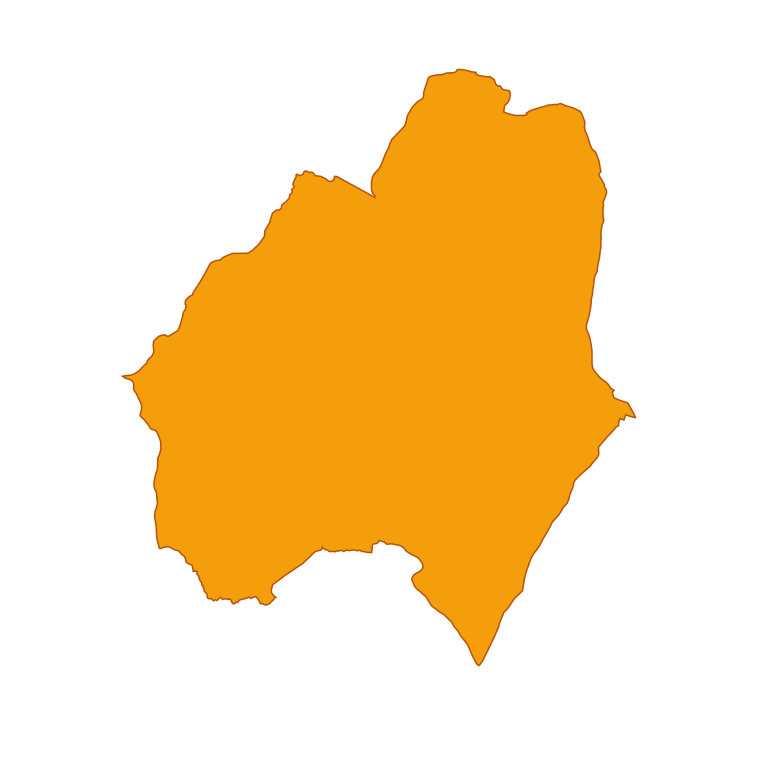 the district of Tinjacá, Boyacá, Colombia, rotated 169°
{"feature_id": "7082276B8672665666879", "entity_name": "Tinjacá", "entity_type": "district", "adm_level": 2, "iso_a3": "COL", "parent_name": "Colombia", "parent_adm1": "Boyacá", "projection": "mercator", "projection_center": [-73.669, 5.581], "detail": "fine", "context": "isolated", "style": "filled", "palette": "amber", "viewbox_px": 768, "rotation_deg": 169, "n_neighbors": 0, "source": "geoboundaries", "source_scale": "gbopen_adm2", "svg_char_len": 6166}
<svg xmlns="http://www.w3.org/2000/svg" viewBox="0 0 768 768"><g transform="rotate(169 384 384)"><path d="M639.2,441.5L636.7,439.0L633.2,437.3L631.0,435.5L630.0,433.9L629.7,431.5L630.6,427.9L630.7,426.2L630.4,424.9L628.8,421.5L626.1,410.2L626.1,408.7L626.9,405.4L628.0,402.7L628.9,401.5L629.4,399.4L629.0,398.5L625.8,394.2L625.3,392.8L623.7,390.2L621.7,384.9L620.9,384.0L617.4,382.1L616.6,381.1L616.1,379.9L614.9,375.1L614.3,370.2L615.3,363.1L617.3,358.8L620.1,354.5L622.7,343.8L626.7,336.2L628.5,331.2L629.3,327.6L629.1,324.9L628.1,320.9L629.1,310.8L629.4,309.4L630.8,306.3L633.2,302.2L634.6,296.9L634.6,289.3L636.5,275.5L635.9,265.7L635.2,265.1L634.2,265.0L631.6,265.7L627.0,265.5L626.0,265.1L621.0,261.1L618.1,259.7L616.9,258.7L615.5,255.7L613.1,253.2L612.4,251.5L612.2,247.1L611.8,246.3L606.7,242.3L607.1,240.0L606.7,237.4L607.1,236.5L603.9,236.2L603.1,235.5L603.8,234.0L603.9,233.2L602.8,231.3L602.7,229.6L602.1,229.1L602.6,227.7L601.0,223.7L601.3,221.6L601.0,221.0L599.9,220.4L600.5,218.9L599.7,216.7L600.0,215.1L599.2,213.4L598.3,212.6L597.9,211.4L598.2,208.7L597.8,207.3L597.3,206.8L595.5,206.5L594.2,205.8L593.4,204.4L592.7,203.8L592.1,203.8L591.0,204.4L589.5,203.5L588.8,203.5L585.9,205.6L584.5,205.2L583.9,203.7L583.2,203.2L580.4,203.5L577.7,202.1L577.0,202.5L576.6,202.4L575.3,201.0L575.0,198.5L574.4,198.0L574.1,197.1L573.5,196.9L572.8,196.8L571.3,197.8L569.0,197.7L567.4,199.3L565.6,199.7L562.9,199.7L557.1,200.4L555.5,198.9L553.1,199.4L552.1,199.9L550.2,199.6L548.0,195.5L547.5,192.3L546.8,191.8L545.5,191.7L542.8,189.8L541.0,189.6L538.0,190.3L536.6,191.5L533.6,193.3L531.9,195.1L530.9,195.2L532.0,196.3L533.7,199.1L534.2,200.8L533.7,203.9L531.6,208.2L517.2,215.2L497.8,223.4L483.3,232.7L477.9,233.0L476.9,233.6L475.7,235.4L475.7,234.6L475.2,234.1L473.8,233.7L473.0,232.4L471.1,231.8L470.0,230.3L468.5,229.6L465.6,229.4L464.5,228.6L462.3,229.2L461.0,228.7L458.2,228.9L456.9,228.4L455.6,227.3L454.8,227.4L453.5,228.0L451.8,227.8L450.1,227.1L446.4,227.0L445.3,226.6L444.1,226.8L442.6,225.6L441.6,225.3L439.2,225.5L438.2,224.2L437.4,223.7L436.5,223.6L431.7,221.6L430.1,221.5L428.4,220.7L427.2,224.1L426.4,227.5L425.8,228.5L425.1,229.0L421.9,228.8L420.9,229.1L419.7,230.0L419.2,231.3L417.4,230.7L414.2,228.9L411.5,226.0L408.5,225.9L406.4,225.4L399.7,222.7L397.8,221.5L395.6,218.9L394.5,216.4L393.0,214.7L390.1,211.9L383.8,207.1L380.8,201.5L380.5,199.1L380.8,196.9L381.7,195.1L384.1,193.5L390.4,191.3L392.5,189.7L393.9,187.5L393.9,185.7L392.4,179.3L391.6,177.6L383.5,167.3L379.7,157.2L373.6,150.4L368.8,145.7L363.1,137.4L361.5,132.5L358.4,126.9L356.9,122.3L351.8,112.7L348.8,99.1L346.4,91.5L344.7,89.4L342.7,90.8L339.5,94.0L324.4,114.1L317.3,124.5L316.9,126.2L309.9,136.9L304.5,140.8L297.4,148.1L287.5,154.6L283.4,165.8L280.3,172.5L272.9,184.9L269.5,188.9L265.5,192.3L261.9,195.9L257.9,201.1L251.4,208.4L245.0,216.4L237.7,221.9L233.9,225.8L232.0,228.3L227.0,232.0L224.3,236.0L222.3,240.6L218.8,245.6L216.4,251.0L214.8,253.1L209.1,257.1L197.1,264.1L194.7,266.4L188.9,270.9L186.7,273.7L185.4,281.2L174.6,289.8L166.9,295.2L164.5,297.5L161.8,298.2L161.5,298.5L161.1,301.0L159.0,305.0L155.3,302.9L152.7,307.6L145.4,303.6L143.6,303.1L144.5,307.3L148.1,318.5L148.8,319.2L155.7,323.0L159.6,325.6L160.7,326.7L161.2,328.0L161.3,331.8L160.8,333.1L159.4,333.7L162.6,337.2L163.6,340.2L165.3,343.0L169.8,347.8L171.4,350.2L175.4,357.4L176.1,360.2L176.0,363.6L173.5,377.0L173.3,379.4L173.1,386.4L173.2,390.3L173.9,395.1L174.8,399.0L174.1,403.1L169.4,412.5L167.0,418.6L165.2,423.7L164.6,426.8L161.8,433.5L161.5,435.6L159.2,441.6L158.1,445.8L156.4,449.7L153.0,454.1L152.8,456.1L148.1,467.7L146.3,473.6L145.2,476.1L144.0,482.1L142.8,486.6L142.6,489.6L141.9,492.1L139.8,498.2L137.5,501.5L137.0,502.7L137.0,505.5L136.2,511.9L134.5,517.4L134.1,520.8L129.7,527.7L128.8,530.1L128.8,532.3L129.9,535.1L129.7,537.9L133.2,548.3L132.9,549.4L130.8,550.8L130.4,551.9L130.7,553.2L130.4,561.5L131.5,568.8L132.3,571.6L134.8,574.8L136.0,579.2L136.6,586.1L137.6,591.9L138.3,593.7L138.2,597.8L137.0,602.5L137.0,604.2L138.5,612.3L139.3,614.1L142.8,616.9L145.8,619.0L152.9,622.7L156.9,625.6L161.4,625.3L162.7,625.9L166.5,625.9L167.7,626.3L170.0,626.4L172.5,625.9L176.5,625.8L186.2,624.7L188.6,624.2L192.4,622.8L192.3,621.5L194.2,620.8L203.9,622.5L210.6,625.7L214.5,628.2L212.8,633.7L211.1,635.2L209.5,636.1L206.6,639.1L204.9,643.9L204.6,645.9L205.0,647.7L205.5,648.3L210.2,649.8L212.0,651.7L212.9,654.1L213.5,654.6L215.0,654.7L216.0,655.4L217.2,657.4L217.7,661.6L221.2,665.4L224.0,665.8L231.8,668.6L235.1,671.2L234.2,672.3L234.4,672.5L238.3,673.7L244.5,676.7L250.1,678.4L252.2,678.6L253.3,677.0L254.6,676.5L257.4,676.4L262.5,677.3L268.6,676.7L273.7,677.3L277.6,677.3L281.3,676.7L283.1,674.4L284.1,671.9L285.2,670.5L288.3,664.8L289.3,662.8L290.3,658.8L291.1,657.5L292.5,656.3L295.0,655.6L297.8,654.4L303.1,650.6L309.6,643.3L313.6,634.5L315.6,632.5L329.1,623.0L330.0,622.1L332.0,619.4L334.1,615.6L339.6,608.2L345.1,599.4L348.0,596.2L353.0,592.5L355.7,589.6L357.8,584.5L359.1,577.5L359.1,575.4L358.6,572.8L357.2,571.1L357.3,568.9L390.9,596.8L392.9,597.2L393.6,595.9L393.8,594.4L397.2,592.7L400.2,594.1L402.0,596.6L406.9,600.1L411.7,601.6L413.4,605.0L414.6,605.6L417.5,606.2L419.6,608.0L421.1,608.0L422.3,607.4L423.6,605.2L426.2,604.7L427.4,604.9L429.6,606.6L430.5,605.7L430.8,604.1L433.4,600.9L435.4,597.4L434.5,594.7L435.3,593.7L437.4,592.7L437.5,590.0L437.8,589.4L440.6,587.6L441.0,585.9L441.9,584.2L445.6,581.5L449.6,579.6L450.3,578.8L451.3,576.2L452.2,575.6L453.3,575.0L456.7,575.1L460.9,573.0L465.1,565.2L465.2,564.6L471.6,557.3L473.4,551.5L480.3,544.9L484.7,542.3L486.8,540.6L492.0,538.5L493.8,538.5L507.8,541.1L516.5,539.4L521.6,537.0L525.8,537.2L530.7,536.0L532.1,534.9L538.9,526.3L546.2,518.1L553.7,510.4L554.3,509.6L554.3,508.4L558.8,506.8L562.8,504.0L563.6,502.2L563.9,500.2L563.2,499.1L564.5,495.8L565.3,494.6L567.3,492.7L568.9,488.5L572.9,480.8L575.6,476.5L576.9,475.4L586.2,472.1L587.3,472.1L589.4,473.8L591.3,474.2L592.6,474.4L596.2,473.7L600.9,470.8L602.2,469.6L603.3,465.4L603.7,459.9L604.8,457.9L606.8,455.5L610.0,453.5L612.0,451.6L612.8,449.9L619.2,445.8L621.7,443.7L627.0,441.6L630.4,441.0L636.6,441.5L639.2,441.5Z" fill="#f59e0b" stroke="#b45309" stroke-width="1.5"/></g></svg>